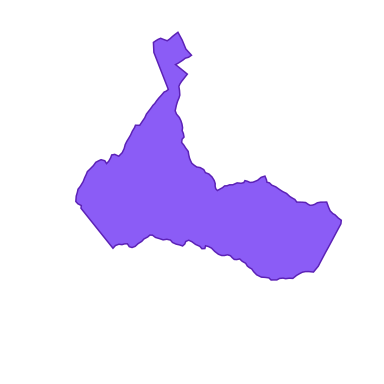 outline of Senador Sá, Ceará, Brazil, rotated 140°
{"feature_id": "56859067B49551412752455", "entity_name": "Senador Sá", "entity_type": "district", "adm_level": 2, "iso_a3": "BRA", "parent_name": "Brazil", "parent_adm1": "Ceará", "projection": "mercator", "projection_center": [-40.474, -3.28], "detail": "fine", "context": "isolated", "style": "filled", "palette": "violet", "viewbox_px": 384, "rotation_deg": 140, "n_neighbors": 0, "source": "geoboundaries", "source_scale": "gbopen_adm2", "svg_char_len": 2836}
<svg xmlns="http://www.w3.org/2000/svg" viewBox="0 0 384 384"><g transform="rotate(140 192 192)"><path d="M95.8,74.4L96.7,78.1L97.1,82.6L98.0,84.9L98.3,88.7L97.3,92.2L95.3,97.7L97.9,99.8L100.1,101.6L102.9,103.2L106.0,103.7L108.3,104.6L110.2,106.0L111.1,108.5L111.7,110.9L114.1,113.3L118.2,116.9L118.0,120.2L118.9,122.5L120.0,125.8L120.5,130.1L122.2,133.9L123.4,137.8L124.5,142.1L126.5,146.0L126.8,149.2L128.3,151.4L127.1,153.5L125.9,157.3L129.6,158.8L134.2,158.8L139.0,160.3L141.4,162.0L142.6,164.5L144.1,166.7L146.3,165.9L148.8,167.1L151.6,170.0L156.1,171.3L158.7,173.4L161.1,174.2L163.1,175.7L165.9,175.7L168.3,176.2L171.6,176.8L171.7,179.3L170.6,181.5L168.8,183.6L167.6,186.6L167.0,190.7L167.5,195.0L169.3,198.2L168.6,201.6L170.0,205.4L172.3,208.1L173.1,211.0L173.7,214.1L173.0,216.9L172.2,219.4L170.6,222.6L168.8,225.6L168.6,229.6L168.1,233.4L168.1,236.6L165.7,238.8L162.8,239.2L161.0,242.4L160.1,245.3L157.9,247.3L156.0,250.5L154.7,253.7L153.8,257.3L153.8,261.6L152.7,265.0L148.2,268.5L144.7,270.8L141.7,272.3L139.1,274.0L136.3,277.8L134.2,281.3L131.9,282.5L129.0,283.4L119.8,285.3L122.7,300.2L120.0,299.6L116.8,299.2L114.2,298.9L111.1,298.8L108.0,297.4L104.5,297.1L104.8,305.5L101.9,314.6L100.1,323.4L103.6,323.6L107.0,323.7L110.7,323.5L113.8,323.8L115.8,327.3L117.2,329.9L119.8,330.7L122.3,331.1L125.4,331.4L131.5,323.4L144.2,285.8L146.8,285.8L149.1,286.5L153.2,285.8L157.1,285.3L160.5,284.6L163.7,283.7L166.2,283.5L170.3,282.4L176.8,281.0L180.5,279.2L184.4,278.1L189.2,276.7L192.4,279.5L194.6,278.3L198.7,276.9L202.4,275.1L205.5,274.0L209.4,272.7L212.6,271.3L216.0,268.9L220.1,267.0L225.1,266.5L227.0,270.5L229.7,272.0L232.3,270.5L236.0,269.1L239.2,268.7L238.7,272.0L240.9,275.2L243.8,276.0L246.6,276.6L250.5,275.6L255.7,275.1L259.0,274.9L261.6,273.5L265.1,271.9L268.7,269.9L274.0,268.1L277.5,267.4L280.1,265.4L283.3,263.3L287.1,259.4L287.0,256.3L285.5,252.8L287.5,250.9L288.2,222.2L288.7,199.7L285.0,200.2L281.6,199.0L279.5,196.7L276.8,195.5L274.8,193.8L275.2,190.4L273.6,188.0L270.5,186.9L266.6,187.1L262.3,186.5L258.9,186.9L254.8,186.0L252.0,186.1L250.0,184.3L249.2,180.7L246.7,176.9L244.9,173.9L241.7,172.0L239.4,169.0L239.4,165.9L237.7,162.3L235.5,159.4L233.9,156.7L231.0,156.8L228.6,158.1L225.5,157.2L224.0,153.9L223.0,149.6L220.9,145.3L220.9,142.2L218.5,140.4L216.2,142.1L214.5,139.7L213.1,136.4L212.8,131.9L211.8,127.4L210.1,124.3L208.0,122.5L205.2,121.1L203.5,118.5L203.4,115.8L203.0,113.2L201.2,111.5L198.5,110.1L198.1,106.7L196.7,102.9L197.2,99.7L196.7,97.3L195.7,94.6L196.0,91.3L195.7,87.0L193.6,82.2L190.9,79.6L188.3,76.8L188.0,73.8L185.9,72.1L183.5,70.1L180.5,69.5L177.6,67.5L176.0,65.4L173.0,63.5L170.3,61.0L165.5,60.9L162.0,60.3L159.0,59.6L156.4,58.2L153.7,56.0L150.4,52.6L142.9,54.0L139.4,55.5L128.3,60.0L122.8,62.1L102.4,70.3L98.4,71.9L95.8,74.4Z" fill="#8b5cf6" stroke="#5b21b6" stroke-width="1.5"/></g></svg>